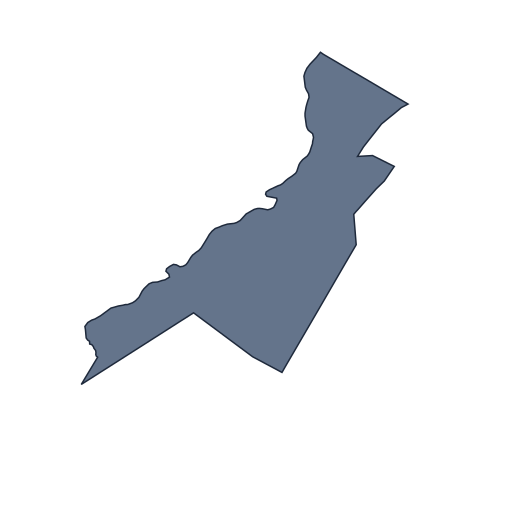 the district of Amarante, Piauí, Brazil, rotated 46°
{"feature_id": "56859067B92576717427769", "entity_name": "Amarante", "entity_type": "district", "adm_level": 2, "iso_a3": "BRA", "parent_name": "Brazil", "parent_adm1": "Piauí", "projection": "equal_earth", "projection_center": [-42.852, -6.403], "detail": "fine", "context": "isolated", "style": "filled", "palette": "slate", "viewbox_px": 512, "rotation_deg": 46, "n_neighbors": 0, "source": "geoboundaries", "source_scale": "gbopen_adm2", "svg_char_len": 1952}
<svg xmlns="http://www.w3.org/2000/svg" viewBox="0 0 512 512"><g transform="rotate(46 256 256)"><path d="M187.8,428.0L190.3,429.7L197.0,435.1L199.5,435.5L201.7,435.0L203.8,436.8L205.6,435.7L208.1,435.9L209.9,436.7L212.6,437.0L214.4,438.3L215.6,439.7L217.0,440.4L218.8,440.2L227.0,470.9L241.3,400.7L250.7,354.1L251.2,351.8L253.5,340.4L297.8,333.1L326.2,328.4L357.8,318.2L355.1,308.9L352.4,299.3L337.9,248.0L323.7,198.2L317.5,176.1L293.9,156.7L293.5,153.1L293.4,150.5L292.9,144.6L292.5,139.9L291.2,122.7L291.2,111.7L287.6,94.3L280.6,96.8L264.7,102.4L254.9,113.8L252.2,103.0L250.7,92.4L248.9,79.0L248.2,74.0L248.9,65.0L249.6,57.1L250.2,48.4L252.3,41.1L201.5,55.2L191.6,58.0L157.8,67.4L154.2,68.1L155.1,74.5L155.5,83.6L156.3,88.9L158.0,93.3L159.9,96.6L168.8,103.3L171.6,104.4L175.8,105.5L178.7,107.6L180.4,111.0L182.3,114.4L183.8,116.8L187.3,121.5L189.5,123.6L197.6,129.5L199.9,130.5L201.9,131.0L207.3,130.3L210.6,132.2L211.9,134.0L213.0,135.7L214.5,137.4L216.0,140.4L218.5,145.0L219.2,147.2L219.7,149.6L219.1,155.4L219.5,159.2L220.2,161.6L223.5,167.9L224.0,170.0L223.5,174.9L222.7,179.0L222.4,182.3L222.4,186.2L221.9,189.0L220.8,191.3L217.7,200.3L217.0,204.2L218.2,206.2L220.6,206.7L228.7,201.0L230.6,202.2L232.4,206.6L233.3,209.6L232.2,213.1L230.9,215.5L226.4,218.6L224.1,220.5L222.8,222.0L221.2,224.9L218.9,233.8L219.5,242.7L218.5,246.7L217.3,249.1L213.2,254.4L210.8,259.2L209.7,262.2L207.9,266.2L207.6,270.4L208.1,274.6L209.1,278.0L210.2,282.1L212.1,289.7L212.3,293.3L211.8,296.1L211.3,301.0L211.7,303.8L213.3,309.8L213.6,312.5L212.7,315.7L210.9,318.2L207.1,319.4L204.7,321.2L203.5,325.5L203.1,329.2L204.4,331.4L208.6,331.3L211.1,332.9L209.9,338.1L208.3,340.7L206.3,344.9L203.1,348.7L201.7,352.3L201.7,359.1L202.2,362.3L204.4,368.9L204.5,373.9L203.9,377.2L201.8,382.0L200.2,383.7L198.9,386.0L196.3,389.8L194.2,393.8L192.7,396.5L191.0,409.4L189.4,415.7L188.0,418.7L187.0,423.2L187.8,428.0Z" fill="#64748b" stroke="#1e293b" stroke-width="1.5"/></g></svg>